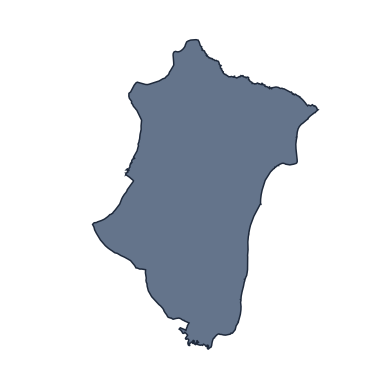 the district of Bireuen, Aceh, Indonesia, rotated 117°
{"feature_id": "22746128B71427834061478", "entity_name": "Bireuen", "entity_type": "district", "adm_level": 2, "iso_a3": "IDN", "parent_name": "Indonesia", "parent_adm1": "Aceh", "projection": "robinson", "projection_center": [96.671, 5.084], "detail": "fine", "context": "isolated", "style": "filled", "palette": "slate", "viewbox_px": 384, "rotation_deg": 117, "n_neighbors": 0, "source": "geoboundaries", "source_scale": "gbopen_adm2", "svg_char_len": 5950}
<svg xmlns="http://www.w3.org/2000/svg" viewBox="0 0 384 384"><g transform="rotate(117 192 192)"><path d="M206.8,258.9L206.6,258.8L207.2,254.3L207.9,251.7L208.0,250.8L208.6,249.2L209.2,249.1L219.3,250.7L220.4,250.5L222.4,250.6L224.8,251.2L227.7,251.5L230.0,251.5L235.5,250.9L242.7,252.2L246.2,253.1L247.0,253.0L248.0,253.8L248.8,254.1L249.4,254.9L252.1,255.8L255.9,257.7L258.6,259.8L261.5,262.6L262.6,263.3L263.8,265.2L266.0,265.9L267.9,263.3L269.9,261.6L272.2,258.4L276.3,251.8L279.2,244.8L280.1,241.1L281.2,233.1L280.6,230.8L280.9,226.5L280.7,222.6L281.0,215.6L283.5,209.8L285.1,207.4L284.6,206.2L284.4,203.6L283.5,201.9L282.3,198.1L285.2,196.8L289.4,193.7L291.6,192.9L293.1,191.8L294.0,190.6L296.4,189.1L299.9,186.0L303.6,180.4L307.3,170.4L307.7,168.4L308.8,165.5L309.9,163.6L310.5,163.2L311.1,162.3L312.4,160.0L312.6,159.3L314.2,157.0L314.4,156.1L314.0,153.7L313.7,153.0L314.0,151.8L313.8,150.9L312.0,148.9L310.3,146.5L310.0,144.8L310.3,142.3L310.2,141.2L310.0,140.6L310.3,140.3L310.0,135.2L313.3,135.4L313.9,135.1L316.2,135.0L318.0,134.6L317.9,135.6L318.3,140.8L320.0,141.2L320.3,139.1L321.3,137.1L321.9,136.4L322.0,135.9L321.6,135.0L320.3,134.6L321.0,132.1L321.5,130.9L325.3,131.4L325.8,130.9L325.9,130.4L324.8,129.1L325.1,127.9L326.0,127.5L327.9,127.3L329.1,126.7L330.0,125.7L330.1,124.9L329.8,124.4L329.4,124.5L328.9,125.8L328.6,126.1L327.8,125.5L327.2,124.7L326.0,124.4L326.0,123.3L326.5,122.6L326.3,122.1L324.9,122.8L324.4,123.6L323.8,123.6L323.6,123.4L323.6,122.8L323.8,122.3L326.1,121.6L326.4,119.8L326.3,119.4L325.9,119.3L325.5,120.1L325.2,120.2L323.7,119.3L322.6,120.1L322.2,119.8L322.7,119.0L323.0,118.0L323.5,118.2L324.4,119.2L325.3,118.5L325.3,117.6L324.9,115.5L324.6,114.8L324.0,114.2L323.9,113.0L323.6,112.8L322.6,112.8L322.3,112.5L322.5,110.8L323.2,109.4L323.2,108.8L322.6,108.6L321.6,108.9L321.3,108.3L321.8,107.3L323.9,107.3L324.5,107.1L324.6,106.7L324.4,106.0L323.4,105.8L321.5,104.6L320.0,104.8L316.6,105.9L313.9,106.4L312.8,106.4L311.7,105.8L311.5,106.0L308.3,105.1L306.9,104.3L306.2,103.6L306.2,102.5L305.6,101.3L305.0,98.8L304.2,97.0L301.3,93.4L300.8,93.1L300.1,93.2L299.4,91.9L295.1,91.0L291.4,91.9L287.0,91.6L286.6,91.7L286.6,92.0L285.0,92.1L279.0,93.4L274.8,94.9L271.8,96.3L268.1,98.7L266.4,99.1L266.1,99.5L266.0,98.9L266.0,99.3L265.7,99.5L262.7,100.8L258.2,102.1L252.4,103.4L248.7,104.5L247.0,104.7L246.3,105.1L246.0,105.6L245.5,105.1L243.5,105.4L241.6,105.4L239.0,106.2L236.1,107.2L224.6,112.9L223.3,113.7L218.1,115.8L211.1,119.6L205.8,121.7L204.9,121.9L204.3,122.2L203.6,122.2L203.5,122.5L203.2,122.6L198.8,123.9L195.1,124.8L185.5,125.9L172.3,125.7L171.7,125.5L171.6,125.1L171.2,125.4L171.2,125.7L167.2,127.6L163.1,129.1L158.4,130.4L148.4,132.1L138.5,131.2L134.3,129.9L133.6,129.3L132.3,129.5L132.1,128.9L129.6,127.8L128.8,127.2L128.9,126.9L128.5,127.0L127.5,126.4L125.7,124.9L125.0,123.9L124.6,122.2L124.7,121.2L123.4,117.1L121.0,114.0L119.2,112.2L118.4,111.9L117.3,112.0L115.6,112.9L106.4,118.9L102.3,121.2L98.2,122.7L95.7,123.4L95.9,123.6L95.8,123.9L95.0,123.8L90.9,125.4L87.7,126.1L84.9,126.1L82.0,125.4L80.4,124.5L75.4,122.5L74.7,122.0L74.8,121.4L74.5,121.9L74.0,121.8L73.8,122.1L72.7,121.9L70.2,121.0L66.0,119.0L65.2,118.2L64.9,118.4L61.5,117.0L61.6,117.7L61.3,117.8L61.1,118.6L60.4,119.1L59.6,120.8L59.5,121.8L60.1,122.0L59.6,124.4L61.3,125.3L61.6,127.6L62.7,128.1L62.5,128.4L61.9,130.3L61.6,130.5L59.9,134.4L59.0,137.2L58.7,139.2L58.3,139.1L58.2,141.0L58.3,142.1L57.9,144.0L58.0,144.6L58.8,144.7L59.1,146.5L58.9,147.2L58.6,147.3L58.4,147.1L58.2,148.8L57.9,148.9L58.4,149.6L58.3,156.9L58.7,157.7L58.7,158.9L59.7,160.4L59.6,162.5L60.3,164.8L62.7,167.9L63.7,167.9L63.3,169.0L64.7,169.7L64.6,170.1L63.3,170.7L64.4,171.5L64.1,173.2L64.7,174.3L64.6,175.1L63.7,175.4L63.6,175.8L64.2,177.4L64.0,177.8L63.4,178.2L63.3,178.7L63.5,179.1L64.6,178.8L64.9,179.2L64.9,181.0L65.3,181.4L65.1,182.8L65.2,183.2L66.7,184.2L66.9,184.9L67.3,185.2L67.3,186.4L68.0,187.7L67.3,188.0L67.1,188.4L67.0,190.6L66.1,191.9L66.3,192.6L65.2,193.2L64.6,193.3L64.3,194.0L64.5,194.9L64.7,195.2L65.7,195.6L65.4,196.8L65.7,197.4L65.9,198.9L65.2,199.3L65.2,199.5L65.8,200.0L66.1,201.3L67.0,201.1L67.4,201.4L67.6,202.2L68.2,202.4L68.5,202.9L68.9,203.0L70.1,203.9L70.1,204.8L70.4,206.3L69.6,206.7L70.0,207.1L70.8,207.1L71.2,209.5L71.9,210.1L72.7,211.8L72.3,213.0L72.3,214.7L71.9,215.3L72.3,216.1L72.0,217.5L71.7,218.2L70.9,218.6L71.1,218.8L71.1,219.2L69.9,220.3L69.8,221.1L68.8,221.5L68.9,222.1L68.6,223.0L67.5,223.3L67.2,223.9L66.1,223.6L66.2,224.8L65.9,225.7L65.0,226.2L63.7,227.7L63.6,228.3L63.9,229.2L63.7,230.1L64.5,231.3L64.1,232.7L64.5,233.7L64.0,234.4L64.0,234.9L64.1,235.2L64.4,235.3L64.3,236.1L64.6,236.4L64.3,237.3L64.7,237.8L64.2,238.6L64.2,240.4L63.9,240.6L63.3,240.5L63.6,241.3L63.1,241.4L62.4,242.3L61.9,243.7L60.9,244.6L60.7,245.1L60.7,245.6L61.0,246.2L60.7,246.7L60.7,247.0L61.0,247.4L60.9,247.6L60.0,247.5L59.3,249.0L58.2,249.3L58.2,250.2L57.5,251.4L55.1,253.7L54.6,254.6L53.9,255.3L54.4,257.5L57.2,262.1L59.2,264.0L60.7,264.9L63.9,264.7L65.4,264.4L66.8,264.5L69.0,265.0L71.3,266.0L72.5,266.9L73.6,268.2L74.3,270.7L75.5,271.6L77.1,271.6L78.6,271.0L84.8,267.2L87.0,266.0L87.7,265.9L94.2,266.3L95.0,266.5L97.7,266.2L99.0,266.5L100.7,267.3L102.8,267.8L104.4,269.4L108.0,271.7L115.6,279.3L116.6,280.6L117.3,282.3L119.0,290.6L120.1,291.4L123.0,292.0L130.7,292.1L132.7,293.0L135.4,291.7L137.0,290.3L138.6,287.0L140.2,286.3L141.0,284.5L141.9,283.6L142.9,281.5L143.2,280.5L143.7,279.7L144.2,278.3L150.9,269.5L156.2,267.4L159.4,265.7L164.3,264.4L169.0,262.6L169.7,262.6L171.4,262.0L173.8,261.8L175.4,260.5L176.3,260.5L180.3,259.6L187.3,259.9L187.9,259.7L187.8,258.7L188.1,258.4L189.2,259.3L189.4,259.7L190.4,259.9L191.4,259.9L192.5,259.4L193.8,259.6L193.5,259.1L196.2,259.5L198.0,258.6L198.5,258.9L200.6,258.7L200.7,260.1L202.1,260.6L201.7,259.8L201.7,259.0L201.2,258.4L201.5,258.1L202.3,258.9L202.9,258.9L203.3,258.2L204.3,258.7L205.0,259.4L205.0,259.0L205.5,259.2L206.8,258.9Z" fill="#64748b" stroke="#1e293b" stroke-width="1.5"/></g></svg>